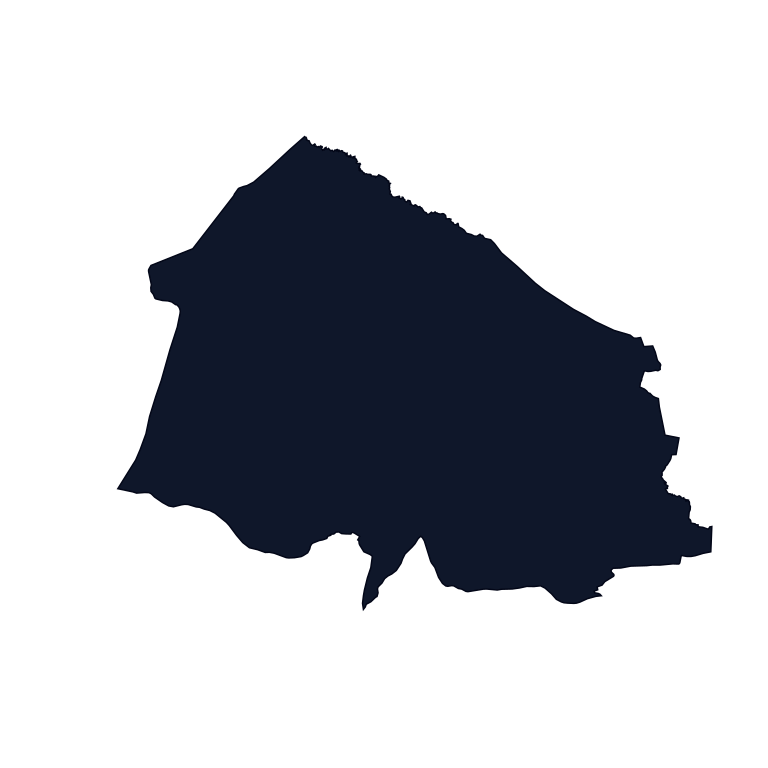 the district of Khok Sung, Sa Kaeo, Thailand, rotated 166°
{"feature_id": "78962969B84057693525228", "entity_name": "Khok Sung", "entity_type": "district", "adm_level": 2, "iso_a3": "THA", "parent_name": "Thailand", "parent_adm1": "Sa Kaeo", "projection": "orthographic", "projection_center": [102.618, 13.842], "detail": "fine", "context": "isolated", "style": "filled", "palette": "ink", "viewbox_px": 768, "rotation_deg": 166, "n_neighbors": 0, "source": "geoboundaries", "source_scale": "gbopen_adm2", "svg_char_len": 6171}
<svg xmlns="http://www.w3.org/2000/svg" viewBox="0 0 768 768"><g transform="rotate(166 384 384)"><path d="M401.3,643.2L418.3,634.4L443.0,620.8L461.6,611.4L468.9,609.6L472.3,609.6L477.3,609.1L478.2,608.7L483.2,604.4L484.2,603.0L536.8,561.5L581.4,555.4L584.1,552.6L584.9,551.5L585.2,550.0L585.7,536.6L587.0,533.8L587.6,530.2L586.1,526.8L585.5,522.7L584.8,521.8L578.7,518.6L573.5,516.9L570.1,515.0L567.0,511.4L566.2,511.4L564.5,508.7L564.0,506.5L564.0,504.1L564.8,501.8L570.8,489.2L583.4,469.0L599.3,441.2L608.5,427.0L619.3,409.2L627.0,393.3L636.4,379.4L643.3,370.3L667.6,346.8L653.6,340.0L650.5,338.0L642.3,336.6L638.2,335.4L636.3,333.7L634.0,329.9L627.6,322.6L622.4,317.8L618.0,315.8L609.5,315.8L606.5,315.5L603.2,314.5L596.0,310.2L592.8,309.0L588.8,306.2L583.6,303.4L579.2,299.6L570.4,287.9L568.4,284.2L563.6,272.7L559.4,264.3L554.2,257.7L546.7,253.8L540.0,249.3L535.8,248.4L531.5,246.4L520.9,239.2L518.6,238.3L512.8,237.1L506.2,236.6L503.8,237.1L498.9,238.7L496.0,241.9L494.7,244.4L492.9,246.3L491.3,246.9L484.7,247.8L481.3,247.6L476.9,248.0L475.3,249.9L472.3,250.1L472.4,250.9L472.0,251.1L469.0,250.6L466.2,251.9L463.5,251.3L461.3,249.1L456.7,247.6L452.4,246.5L451.5,247.5L450.6,247.7L449.0,246.7L444.4,242.0L447.2,239.1L446.3,238.0L446.7,235.0L446.5,233.6L444.1,226.1L438.6,221.8L437.3,220.1L437.1,219.4L441.2,209.0L447.1,199.7L452.9,188.7L455.1,183.7L457.9,176.4L458.5,170.3L456.1,172.2L454.5,174.6L449.4,175.9L443.8,179.1L442.2,179.5L440.3,182.8L439.9,186.8L438.8,188.6L434.2,191.3L430.5,195.0L426.6,196.8L422.4,197.8L417.2,200.1L410.9,205.9L408.3,209.8L404.7,214.0L396.2,219.0L392.6,221.5L388.2,225.8L385.2,227.4L383.9,225.7L382.8,222.0L381.6,201.1L381.2,199.0L379.0,193.7L377.8,183.1L375.5,176.4L372.9,173.1L371.1,172.3L367.1,172.0L365.2,171.3L361.3,167.6L358.2,166.2L354.7,163.0L352.8,162.2L337.1,160.9L333.9,160.2L323.9,156.7L319.5,156.4L309.2,154.1L301.7,153.3L294.5,153.1L287.4,151.2L280.9,150.3L277.1,147.0L272.2,139.9L268.8,133.3L264.7,129.7L262.3,128.2L258.9,127.0L252.8,125.2L250.1,124.8L246.6,125.0L238.6,126.5L229.8,126.7L224.4,126.0L225.3,127.7L226.7,128.9L230.2,130.5L230.2,132.2L226.4,132.6L226.3,135.6L221.1,136.1L217.6,138.8L207.8,141.9L207.2,142.6L207.1,143.7L208.8,146.3L208.9,147.9L208.1,148.9L206.2,149.8L198.8,148.2L188.6,147.6L173.0,144.2L167.3,143.4L160.3,141.6L147.2,139.6L141.9,138.1L141.0,138.2L140.2,139.0L137.4,145.0L136.7,145.6L132.1,143.5L127.8,142.4L123.6,142.1L115.3,142.5L107.5,142.1L100.4,166.4L102.5,166.5L104.2,164.8L105.2,165.1L109.3,167.8L113.8,169.5L113.3,171.3L115.4,172.0L116.0,173.1L119.8,174.8L119.5,176.8L119.8,178.3L121.0,179.8L118.9,185.9L117.4,187.8L116.4,190.8L116.8,193.5L116.4,194.5L116.3,195.9L116.8,196.5L116.6,197.6L117.8,198.2L118.5,197.3L119.2,197.3L119.5,197.7L118.9,198.6L120.7,200.0L120.7,201.1L122.2,201.0L123.5,201.9L123.3,202.8L124.7,204.1L126.3,203.7L128.2,204.6L129.1,206.0L130.6,205.9L130.9,207.3L131.5,207.4L131.8,206.6L132.7,208.1L134.7,208.8L136.4,214.0L135.8,214.3L134.3,214.1L134.2,215.0L133.2,216.3L135.9,219.3L135.8,220.1L134.7,219.5L134.1,219.7L134.1,220.1L136.3,223.3L136.5,224.5L137.1,225.2L137.1,226.1L137.6,226.7L137.2,227.6L136.3,228.0L135.8,229.9L135.8,231.0L132.4,233.6L131.0,235.3L131.1,235.9L128.9,237.0L125.0,240.7L123.8,242.2L122.0,245.8L117.7,244.9L110.8,260.3L123.7,266.4L122.4,295.1L121.3,303.5L124.1,305.3L126.3,307.3L128.3,310.7L129.1,310.8L130.1,312.0L130.8,313.7L132.6,316.1L136.6,319.2L134.8,323.4L133.0,325.6L132.5,327.1L128.4,333.5L127.1,333.4L124.9,332.3L122.2,331.8L117.0,331.6L115.0,330.6L112.5,331.3L112.0,333.6L110.9,335.5L111.2,337.1L112.6,339.6L113.0,341.3L113.1,349.3L114.1,355.9L122.8,357.4L123.8,367.0L128.3,367.4L130.6,368.2L133.3,371.8L147.9,380.4L164.0,393.5L171.3,400.9L182.0,410.5L205.5,435.7L213.0,445.4L226.3,465.8L238.3,482.8L242.8,493.4L245.6,498.2L250.7,500.7L251.3,501.3L252.4,504.3L254.0,505.0L254.6,506.1L258.0,504.9L260.6,505.7L263.1,507.9L267.6,510.3L269.0,513.8L270.9,516.1L273.5,518.4L273.3,521.8L274.0,522.0L275.4,520.9L277.7,522.1L278.0,523.9L278.9,524.4L280.0,526.0L279.2,527.7L280.7,528.6L283.7,529.1L283.5,532.7L284.8,534.6L285.7,535.1L288.1,535.2L289.5,535.8L290.9,536.6L291.2,537.2L292.2,537.3L292.8,538.6L295.2,537.7L296.4,539.2L299.2,537.9L300.9,538.0L301.6,540.0L303.3,541.1L304.9,545.8L305.6,545.9L306.3,547.5L308.5,547.6L308.8,548.6L310.0,550.2L311.1,550.2L311.3,549.5L312.1,549.6L314.3,551.6L315.1,551.8L315.1,552.1L314.2,552.4L314.4,554.5L315.0,554.8L314.6,555.5L316.3,556.4L317.9,555.1L318.4,555.1L319.7,557.1L319.3,557.9L320.5,559.2L320.3,560.2L320.6,560.7L321.2,560.9L321.6,559.8L322.9,559.4L323.5,560.5L324.3,560.8L324.4,561.4L323.6,561.9L323.7,562.5L328.3,562.6L330.0,563.3L330.7,564.0L331.3,566.5L332.2,566.7L332.4,567.1L331.3,569.2L331.7,572.2L331.0,573.0L331.1,574.4L330.6,574.9L330.9,575.8L329.3,577.1L331.0,578.2L330.3,579.6L332.0,581.2L332.1,582.2L334.0,584.5L338.5,588.2L339.7,587.2L340.7,587.2L342.2,586.4L342.5,587.9L343.6,587.8L344.2,588.5L346.0,588.7L346.0,590.3L346.7,590.8L349.2,591.4L350.3,592.2L352.5,592.5L352.2,593.6L353.1,594.3L353.9,596.2L355.7,596.6L356.4,597.5L356.2,598.0L355.2,597.6L354.8,597.9L355.4,599.2L356.1,599.0L356.4,599.6L355.9,600.7L355.2,600.7L354.3,602.7L353.7,603.0L354.0,603.9L356.0,604.2L357.4,605.0L357.4,605.4L356.0,606.5L356.6,607.4L356.4,608.7L357.6,609.9L357.2,611.9L358.5,611.9L358.3,610.8L359.6,610.9L360.0,611.9L361.3,612.1L360.9,613.0L361.1,614.1L361.8,613.9L361.8,613.3L362.6,612.8L363.3,612.9L363.5,614.0L364.9,614.4L364.1,616.0L364.1,616.9L365.8,616.1L365.6,617.2L366.4,618.1L367.8,618.7L367.9,620.2L368.9,620.7L370.1,620.3L370.7,621.1L371.7,620.5L372.0,621.1L371.3,621.8L372.0,622.1L372.6,622.9L373.3,622.8L373.4,621.6L374.1,621.8L374.5,622.7L375.0,622.9L376.3,621.8L376.9,621.8L377.6,623.2L379.4,623.3L380.9,626.0L381.9,625.4L382.7,626.1L383.6,626.0L383.0,627.0L383.0,627.6L384.7,627.1L385.4,625.6L386.9,625.6L386.5,626.4L387.7,626.9L387.8,628.8L386.7,628.7L386.6,629.3L388.1,630.3L389.7,629.3L390.1,630.2L391.4,630.0L392.2,631.2L393.4,631.3L393.6,632.1L392.8,632.9L393.1,633.6L395.2,632.8L396.5,633.3L397.5,635.8L397.9,638.2L399.1,638.6L399.4,639.3L400.1,639.7L399.7,641.2L400.1,642.4L401.1,642.7L401.3,643.2Z" fill="#0f172a" stroke="#020617" stroke-width="1.5"/></g></svg>